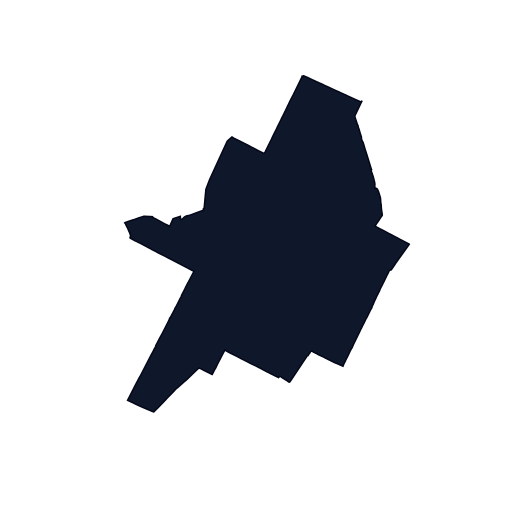 outline of Obarsia De Camp, Mehedinti, Romania, rotated 116°
{"feature_id": "2599482B85119873558149", "entity_name": "Obarsia De Camp", "entity_type": "district", "adm_level": 2, "iso_a3": "ROU", "parent_name": "Romania", "parent_adm1": "Mehedinti", "projection": "albers", "projection_center": [22.992, 44.171], "detail": "fine", "context": "isolated", "style": "filled", "palette": "ink", "viewbox_px": 512, "rotation_deg": 116, "n_neighbors": 0, "source": "geoboundaries", "source_scale": "gbopen_adm2", "svg_char_len": 6033}
<svg xmlns="http://www.w3.org/2000/svg" viewBox="0 0 512 512"><g transform="rotate(116 256 256)"><path d="M442.0,308.2L441.9,295.9L441.7,290.9L441.6,289.3L441.5,286.9L441.4,285.6L441.2,281.4L441.0,279.5L440.3,279.3L434.6,277.3L424.1,273.9L423.4,273.8L415.1,271.0L412.6,270.2L411.1,269.9L409.4,269.1L408.2,268.5L406.9,268.0L404.7,267.1L401.0,265.6L398.2,264.3L386.6,260.1L383.1,258.8L381.6,258.0L381.6,257.1L381.5,255.9L381.6,254.3L381.7,253.0L381.7,250.8L381.7,245.3L381.8,243.8L381.7,243.4L375.9,243.3L374.3,243.1L369.5,243.2L363.2,243.0L358.2,242.9L354.2,242.7L354.5,239.1L354.6,236.1L354.6,233.9L354.6,231.4L354.6,228.8L354.8,224.5L354.8,222.5L354.9,216.0L355.0,214.7L355.0,213.0L354.9,208.2L354.9,207.6L355.0,205.3L355.0,203.1L355.2,198.4L355.3,195.6L355.3,194.2L355.3,193.3L355.3,192.3L355.4,190.7L355.3,189.4L355.4,188.4L355.4,187.0L355.4,182.4L354.0,182.0L353.7,181.8L353.6,181.3L353.6,180.8L353.8,179.9L353.9,178.9L354.1,178.1L354.1,176.9L354.3,176.2L354.3,175.7L354.5,173.5L354.7,172.6L354.9,171.1L354.9,170.9L354.8,170.7L354.6,170.5L354.3,170.4L352.0,170.0L342.9,168.8L334.7,167.7L332.3,167.4L325.1,166.4L324.7,166.3L323.8,166.4L323.3,166.2L323.1,165.8L323.0,165.7L322.7,165.6L321.9,165.5L320.8,165.4L319.6,165.1L318.6,165.1L318.0,165.0L317.6,164.8L317.4,164.6L317.2,164.3L317.1,164.0L317.1,163.1L317.2,162.2L317.2,158.6L317.4,156.0L317.3,155.4L317.3,153.6L317.3,153.0L317.2,151.3L317.3,149.0L317.4,148.5L317.3,147.9L317.4,145.2L317.3,144.1L317.4,143.3L317.4,142.2L317.4,141.5L317.4,138.1L317.3,137.2L317.2,135.9L317.1,133.0L317.0,130.8L317.0,129.5L314.3,129.7L311.5,129.6L309.4,129.7L305.6,129.6L299.2,129.7L296.0,129.4L295.0,129.5L292.1,129.6L287.5,129.6L278.5,129.6L277.7,129.6L276.3,129.7L275.7,129.6L269.9,129.6L269.1,129.5L263.7,129.6L263.3,129.4L257.8,129.4L256.1,129.4L253.9,129.4L252.7,129.2L252.3,129.2L251.7,129.2L250.9,129.4L250.5,129.5L247.4,129.5L245.0,129.7L241.4,129.7L240.6,129.8L239.9,129.8L239.3,129.8L239.2,129.8L237.2,129.8L236.6,129.7L236.2,129.8L235.5,129.8L234.3,129.7L232.8,129.7L231.5,129.9L230.7,129.9L226.7,129.8L224.8,129.8L222.7,129.8L222.3,129.7L220.9,129.8L215.2,129.8L213.9,129.7L211.2,129.8L210.3,129.6L210.0,129.4L209.7,129.0L209.3,128.4L206.3,127.9L202.0,127.3L201.5,127.3L200.5,127.1L198.0,126.7L197.0,126.5L196.1,126.4L193.3,125.9L179.8,123.6L178.2,123.4L178.1,123.9L177.9,132.1L177.9,133.3L177.7,137.2L177.7,139.2L177.5,143.9L177.5,147.0L177.3,150.4L177.2,153.9L177.2,154.7L177.2,157.3L177.1,158.0L177.1,159.4L177.0,161.6L176.9,162.2L176.6,162.1L175.8,161.9L175.1,161.9L174.5,161.9L170.5,161.2L167.0,160.8L165.8,160.6L164.9,160.4L163.9,160.4L163.3,160.7L162.0,161.6L159.9,163.1L157.5,164.6L155.1,165.9L153.5,167.1L149.7,169.3L149.2,169.6L144.7,173.8L144.1,174.5L142.6,176.3L142.7,176.7L142.6,177.0L142.4,177.3L142.4,177.6L142.7,178.1L143.3,178.8L142.9,179.2L142.5,178.8L142.1,179.2L140.7,180.1L140.2,180.4L139.9,180.3L138.5,181.1L137.8,181.6L137.0,182.3L133.9,184.9L133.2,185.5L131.4,187.3L128.7,190.0L128.1,190.4L127.7,190.0L126.3,191.4L123.0,194.5L121.2,196.2L116.9,200.2L111.8,205.1L109.1,207.5L106.6,209.9L106.5,210.4L106.0,211.0L104.0,212.9L103.3,213.1L102.8,213.4L99.7,216.4L97.0,218.8L95.5,220.4L94.8,221.0L94.3,221.2L94.0,221.7L92.8,223.0L88.6,227.1L87.3,228.3L86.9,228.5L85.4,228.6L81.4,228.6L71.5,228.7L70.0,228.6L70.5,228.9L71.2,229.1L71.5,229.5L71.7,234.3L71.8,237.3L71.9,242.2L72.0,244.1L71.9,245.5L72.0,246.6L72.1,250.1L72.2,252.5L72.1,253.7L72.2,254.7L72.3,256.5L72.4,261.5L72.4,261.9L72.4,262.8L72.4,265.1L72.6,268.8L72.5,271.0L72.6,272.6L72.5,273.1L72.6,273.7L72.7,274.3L72.7,276.5L72.8,278.7L72.8,281.0L72.9,282.3L72.9,288.1L73.0,289.2L73.1,292.2L73.3,292.5L73.5,292.6L73.9,292.6L74.2,292.5L74.2,293.4L74.5,293.4L75.0,293.2L95.6,293.2L97.6,293.3L103.1,293.4L105.1,293.3L107.4,293.4L108.7,293.3L118.3,293.3L120.7,293.4L123.5,293.3L130.5,293.4L132.9,293.3L136.4,293.4L139.9,293.4L140.6,293.4L142.3,293.4L143.6,293.3L151.0,293.4L153.6,293.4L157.8,293.4L159.4,293.4L159.5,293.6L160.0,293.8L160.2,294.0L160.3,294.3L160.3,298.9L160.3,300.3L160.1,305.1L160.1,308.2L160.0,309.0L160.0,309.8L159.9,311.5L159.9,314.6L159.8,320.6L159.8,327.1L159.8,328.0L159.5,329.5L159.5,329.8L160.4,330.2L165.3,332.2L165.6,332.2L187.7,331.7L191.9,331.6L207.8,331.2L218.0,330.3L228.1,326.5L229.9,325.8L235.2,323.8L235.4,323.8L235.7,323.8L236.8,324.0L237.6,323.6L238.0,323.2L238.7,324.1L243.1,328.4L247.7,332.7L249.0,334.1L249.8,335.3L250.2,335.8L251.1,336.6L252.1,337.3L252.9,337.7L254.3,338.1L255.1,338.4L255.6,338.8L255.7,339.3L255.7,339.6L255.4,340.2L254.1,341.1L253.5,341.4L257.4,345.4L258.8,346.9L261.5,346.8L267.2,346.6L267.0,349.2L267.1,351.1L267.1,352.1L267.0,354.9L266.9,355.4L266.9,356.0L266.6,362.4L266.6,364.2L266.6,365.5L266.0,366.2L266.3,367.0L267.5,369.8L269.0,373.3L269.3,374.1L270.2,375.0L271.0,375.8L272.7,377.7L275.8,380.7L276.4,381.2L277.4,382.4L280.7,385.8L283.1,388.1L283.5,388.5L283.8,388.6L283.9,388.3L283.9,388.0L283.9,387.8L284.3,387.3L284.9,386.8L287.6,383.2L288.5,382.2L288.9,381.8L290.7,379.6L291.2,379.1L292.4,377.9L292.6,377.8L292.9,377.6L293.3,377.5L294.7,377.3L294.9,377.2L295.1,376.8L295.4,371.2L295.3,370.6L295.3,368.9L295.4,367.7L295.3,366.2L295.5,360.6L295.6,358.0L295.6,357.2L295.7,355.6L295.7,354.0L295.8,352.7L295.9,352.3L295.8,351.7L295.9,351.1L295.9,348.1L296.0,346.7L296.1,345.3L296.1,342.0L296.1,339.1L296.1,337.5L296.3,333.7L296.3,329.9L296.4,327.8L296.7,316.0L297.0,306.5L297.0,305.5L296.8,305.0L296.8,304.9L298.8,305.1L306.3,305.3L309.6,305.4L310.0,305.5L311.3,305.5L315.4,305.6L316.1,305.5L324.0,305.7L324.4,305.6L324.9,305.4L325.2,305.4L327.8,305.6L328.5,305.6L330.1,305.6L332.3,305.6L336.7,305.7L338.7,305.9L339.5,305.8L340.0,305.7L342.1,305.9L342.5,305.8L346.2,306.0L346.8,306.0L348.1,306.0L348.7,306.1L349.6,306.4L350.8,306.2L352.6,306.1L365.6,306.3L366.7,306.3L368.1,306.4L372.0,306.6L380.1,306.8L380.6,306.8L380.9,306.6L382.1,306.5L382.4,306.5L382.8,306.6L383.6,306.7L387.2,306.7L390.6,306.9L414.1,307.4L416.2,307.6L419.8,307.7L422.1,307.8L425.9,307.9L437.9,308.1L442.0,308.2Z" fill="#0f172a" stroke="#020617" stroke-width="1.5"/></g></svg>